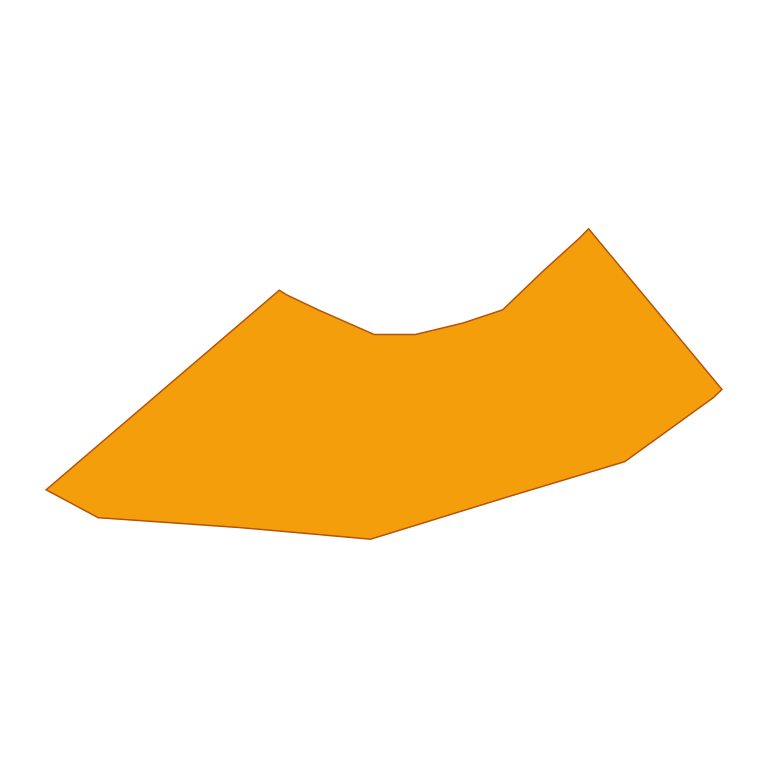 outline of 15, Ad Dawhah, Qatar
{"feature_id": "91078587B20152806481978", "entity_name": "15", "entity_type": "district", "adm_level": 2, "iso_a3": "QAT", "parent_name": "Qatar", "parent_adm1": "Ad Dawhah", "projection": "albers", "projection_center": [51.541, 25.276], "detail": "fine", "context": "isolated", "style": "filled", "palette": "amber", "viewbox_px": 768, "rotation_deg": 0, "n_neighbors": 0, "source": "geoboundaries", "source_scale": "gbopen_adm2", "svg_char_len": 382}
<svg xmlns="http://www.w3.org/2000/svg" viewBox="0 0 768 768"><path d="M721.9,389.4L588.6,228.8L578.6,238.9L542.3,271.8L502.7,309.8L463.1,323.0L415.3,334.5L384.2,334.5L374.1,334.5L318.0,309.8L286.7,294.9L279.3,290.2L46.1,489.8L98.2,517.7L240.1,527.6L345.9,537.0L370.5,539.2L504.3,497.9L624.8,461.6L713.9,397.2L721.9,389.4Z" fill="#f59e0b" stroke="#b45309" stroke-width="1.5"/></svg>